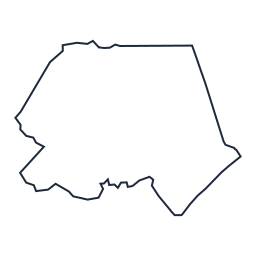 the district of Pender, North Carolina, United States of America
{"feature_id": "52423323B64112119736585", "entity_name": "Pender", "entity_type": "district", "adm_level": 2, "iso_a3": "USA", "parent_name": "United States of America", "parent_adm1": "North Carolina", "projection": "equal_earth", "projection_center": [-77.903, 34.513], "detail": "fine", "context": "isolated", "style": "outline", "palette": "slate", "viewbox_px": 256, "rotation_deg": 0, "n_neighbors": 0, "source": "geoboundaries", "source_scale": "gbopen_adm2", "svg_char_len": 999}
<svg xmlns="http://www.w3.org/2000/svg" viewBox="0 0 256 256"><path d="M20.7,111.7L15.4,117.8L20.6,124.9L20.3,129.5L26.3,135.9L33.3,137.6L36.0,142.6L43.9,146.7L20.1,172.8L26.2,182.6L33.9,185.3L36.1,191.1L48.1,189.6L55.6,183.8L68.9,191.5L73.1,196.3L87.7,199.6L95.5,198.2L95.8,198.2L98.6,197.6L103.1,188.9L100.5,183.7L103.9,183.5L107.9,179.4L109.2,185.0L114.4,184.5L117.9,187.8L121.0,182.6L126.7,182.4L127.8,186.9L132.5,186.0L139.5,180.4L149.5,176.8L153.2,179.7L151.9,185.7L158.7,196.1L170.7,210.6L170.8,210.9L174.6,215.1L181.5,215.1L182.3,214.3L190.1,204.1L197.7,195.6L205.7,188.6L221.4,172.4L229.0,165.8L240.6,156.5L236.3,149.8L235.7,149.6L234.9,149.1L234.6,148.5L234.2,148.1L234.2,147.9L225.5,144.8L223.6,141.4L205.8,84.8L204.2,80.1L204.0,79.6L198.3,63.3L198.1,62.5L192.1,45.6L191.2,45.6L120.1,46.0L115.2,44.6L109.8,47.7L104.2,48.0L99.0,47.4L99.0,47.2L98.9,47.2L98.7,47.2L92.9,40.9L87.4,43.9L76.9,42.8L62.7,45.2L62.8,50.9L50.0,62.1L20.7,111.7Z" fill="none" stroke="#1e293b" stroke-width="2"/></svg>